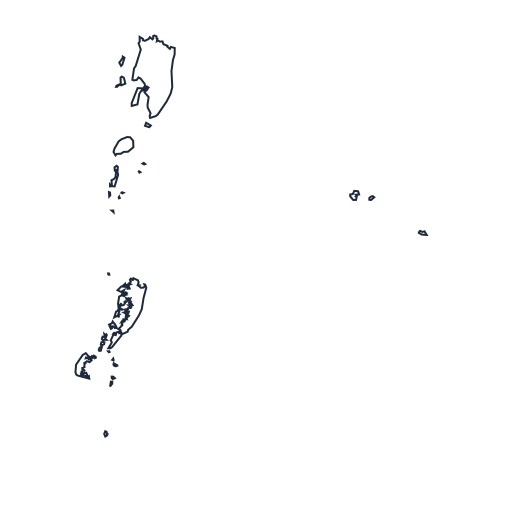 the district of Sumenep, Jawa Timur, Indonesia, rotated 99°
{"feature_id": "22746128B46307112426649", "entity_name": "Sumenep", "entity_type": "district", "adm_level": 2, "iso_a3": "IDN", "parent_name": "Indonesia", "parent_adm1": "Jawa Timur", "projection": "albers", "projection_center": [115.069, -6.151], "detail": "fine", "context": "isolated", "style": "outline", "palette": "slate", "viewbox_px": 512, "rotation_deg": 99, "n_neighbors": 0, "source": "geoboundaries", "source_scale": "gbopen_adm2", "svg_char_len": 6146}
<svg xmlns="http://www.w3.org/2000/svg" viewBox="0 0 512 512"><g transform="rotate(99 256 256)"><path d="M57.8,405.2L62.6,404.4L64.2,405.3L70.1,402.1L86.9,404.5L89.9,405.8L101.3,405.7L101.7,404.2L100.8,401.4L98.0,400.0L98.9,397.6L103.5,392.8L105.6,392.2L108.7,394.3L109.6,393.7L109.5,392.3L105.6,390.3L106.4,388.5L109.2,389.8L108.2,390.7L109.2,391.4L109.8,390.8L110.0,390.9L109.5,392.0L111.7,391.8L115.8,386.9L123.9,386.8L126.4,386.1L131.5,382.5L134.5,382.9L136.2,382.2L133.4,376.7L131.5,375.1L117.5,368.5L109.0,365.7L102.4,365.1L86.6,368.4L75.7,368.7L69.7,367.9L63.3,368.8L62.8,372.8L64.9,373.5L63.0,376.5L62.2,376.4L61.3,380.6L58.7,381.9L59.3,384.5L58.5,386.6L59.3,387.5L56.8,387.4L56.7,388.2L54.7,388.6L54.1,390.9L54.9,392.0L57.1,391.5L58.2,392.2L56.5,395.1L58.4,395.9L60.8,399.3L60.6,401.4L59.3,401.6L57.8,405.2ZM315.3,360.5L304.4,359.4L301.6,361.0L301.5,361.8L302.9,361.0L304.7,362.0L305.4,364.7L304.1,366.8L303.2,366.3L303.4,368.3L300.5,367.8L298.5,368.8L297.1,373.7L298.6,374.5L298.4,373.1L299.0,373.9L297.9,376.0L299.2,376.8L301.1,375.6L302.8,377.1L303.5,375.4L304.6,377.6L307.9,375.7L308.5,377.8L305.8,378.7L306.9,380.0L307.1,384.2L311.4,387.4L312.6,383.7L310.4,381.0L313.9,382.1L312.2,378.9L312.9,377.7L314.1,378.8L314.5,378.1L315.2,379.8L316.3,379.7L316.0,381.3L314.7,380.9L317.5,384.8L324.6,384.8L328.0,383.8L327.0,382.3L325.4,382.7L323.7,381.5L326.1,381.9L325.2,379.1L323.1,378.0L321.8,378.7L321.3,378.1L322.1,377.5L320.1,375.9L319.0,376.0L318.7,377.3L318.0,377.6L318.3,375.9L317.0,375.1L318.3,375.2L317.5,373.4L320.3,374.1L320.5,372.8L322.8,374.8L322.3,374.1L323.0,372.8L322.2,371.9L323.8,370.4L324.6,374.0L325.9,371.1L327.0,371.6L327.0,374.0L328.3,374.1L329.3,376.9L330.0,376.7L329.0,375.5L330.3,376.0L330.1,374.8L331.2,375.3L330.8,372.9L332.1,373.1L332.6,373.6L331.9,376.1L332.5,377.6L333.5,374.8L332.8,373.5L334.4,374.1L334.8,372.1L335.7,372.5L335.7,373.6L336.7,373.7L335.5,375.2L337.5,375.1L338.7,373.9L338.8,375.1L340.0,375.6L340.2,374.6L340.6,376.0L341.4,375.9L342.1,377.8L345.3,377.2L349.7,380.4L350.4,378.3L353.0,377.0L353.8,375.5L350.8,370.9L348.9,370.7L345.2,367.6L332.9,362.3L326.4,360.5L315.3,360.5ZM167.7,394.1L161.4,395.4L158.4,398.9L158.7,402.0L161.8,407.2L164.3,409.6L172.1,412.6L175.5,413.0L178.6,410.5L176.9,409.4L176.2,405.6L173.9,403.0L173.0,398.7L167.7,394.1ZM403.2,401.5L401.0,402.2L402.2,403.1L401.2,406.5L400.6,403.7L397.9,405.4L399.3,409.7L400.5,407.7L401.2,408.2L401.3,409.6L400.1,410.4L398.2,409.2L397.7,410.2L396.4,409.4L393.8,410.1L392.7,408.0L388.7,408.8L388.6,407.7L387.7,407.9L386.4,406.5L386.9,403.8L384.8,402.1L383.9,403.2L384.2,405.0L383.1,406.2L383.7,408.2L382.8,408.0L383.1,407.1L381.8,405.1L378.6,408.9L380.9,411.7L391.5,416.7L399.3,416.1L401.4,414.8L402.0,413.1L403.2,401.5ZM108.7,399.2L124.5,402.7L127.2,402.2L124.8,396.8L114.2,396.6L111.3,395.5L110.2,394.0L108.3,395.3L108.7,399.2ZM355.6,376.5L353.2,377.2L353.8,379.8L353.0,378.8L352.2,379.5L353.3,381.8L356.1,382.2L355.9,384.5L362.2,386.3L363.5,385.0L364.6,385.1L370.2,387.4L370.0,385.6L368.5,383.9L355.6,376.5ZM209.4,406.5L197.4,404.9L194.5,406.0L194.8,406.9L192.9,407.4L192.5,406.1L189.6,406.4L188.7,407.8L190.6,409.6L193.8,408.8L193.5,407.5L200.1,407.1L202.2,408.3L203.8,410.6L209.6,409.2L209.4,406.5ZM179.1,163.8L176.1,165.3L176.3,169.1L179.7,170.1L180.5,172.6L182.3,172.3L185.4,168.8L185.0,166.0L181.8,165.8L181.5,166.8L180.3,165.8L179.8,166.7L179.1,163.8ZM106.2,412.0L100.6,414.4L99.8,416.7L101.0,417.7L107.1,416.5L109.6,420.4L110.8,420.7L110.6,419.6L108.4,418.0L108.5,415.8L106.2,412.0ZM337.4,382.1L336.7,381.3L337.1,382.1L336.1,382.6L335.2,381.8L335.2,382.9L331.9,382.3L331.2,383.2L332.9,385.5L338.8,386.4L337.0,383.9L337.4,382.1ZM88.1,418.0L80.7,416.9L79.9,418.8L81.4,418.7L86.4,421.3L89.4,419.0L88.1,418.0ZM349.2,384.9L348.9,382.3L346.8,383.6L345.0,385.1L345.4,386.0L345.0,385.5L343.1,387.3L345.0,387.8L346.7,390.3L348.2,388.5L347.9,386.6L348.9,386.6L347.9,385.5L348.5,383.6L349.2,384.9ZM208.9,95.4L208.5,90.7L205.3,93.4L206.2,95.5L205.5,97.8L206.5,98.6L207.7,98.8L208.9,95.4ZM144.8,386.0L145.5,381.6L143.6,380.3L141.6,385.3L144.8,386.0ZM362.9,394.4L362.2,390.6L361.4,391.9L357.5,391.0L356.7,391.6L357.5,392.6L356.8,393.6L360.1,392.6L359.7,394.9L362.0,395.3L362.9,394.4ZM179.5,148.4L178.6,150.0L179.2,151.5L180.9,153.1L182.7,152.9L182.7,151.1L179.5,148.4ZM455.9,374.9L455.2,374.8L455.2,375.1L455.8,375.0L457.2,375.8L455.4,375.1L452.9,376.2L452.7,377.5L455.5,378.1L457.9,376.6L456.8,375.3L455.9,374.9ZM366.9,392.2L364.9,392.2L364.7,393.8L365.4,395.2L367.6,395.5L368.7,394.9L366.9,392.2ZM373.9,394.5L370.3,394.0L370.9,396.1L373.2,396.7L374.2,396.0L373.9,394.5ZM404.6,378.0L402.6,378.3L402.8,379.7L407.7,379.7L404.6,378.0ZM386.9,377.3L386.0,375.7L385.7,375.8L384.2,379.7L385.7,379.8L386.6,378.9L386.9,377.3ZM398.7,376.3L397.5,378.2L397.7,379.7L399.2,379.4L400.0,378.1L398.7,376.3ZM218.9,409.4L216.2,410.1L215.9,411.2L220.2,410.3L218.9,409.4ZM381.6,398.3L380.6,398.6L379.7,400.7L380.7,401.8L382.3,399.4L381.6,398.3ZM349.7,386.8L348.5,387.2L348.6,389.3L350.7,387.9L349.7,386.8ZM305.5,380.8L304.1,381.0L306.7,383.2L306.9,381.8L305.5,380.8ZM329.8,383.2L330.1,380.3L329.7,379.4L328.7,382.3L329.8,383.2ZM182.5,382.5L183.1,380.8L182.5,379.8L181.6,381.4L182.5,382.5ZM235.0,403.6L233.4,404.1L233.7,405.6L235.0,403.6ZM381.6,401.5L380.9,402.5L382.9,403.0L382.9,402.1L381.6,401.5ZM209.0,410.8L209.3,410.0L208.2,411.4L210.1,411.1L209.9,410.4L209.0,410.8ZM383.0,404.9L381.7,403.9L381.4,405.1L383.0,404.9ZM214.7,398.8L215.0,397.7L214.3,396.8L214.0,398.3L214.7,398.8ZM381.5,380.4L381.1,380.3L379.6,381.0L381.1,381.8L381.5,380.4ZM190.2,385.5L191.9,384.2L191.3,383.3L190.2,385.5ZM297.4,398.0L296.3,398.4L296.4,399.3L297.5,398.8L297.4,398.0ZM340.6,376.9L340.9,377.9L342.2,378.5L341.3,376.9L340.6,376.9ZM220.5,400.4L220.1,399.6L218.7,400.4L219.8,400.8L220.5,400.4ZM345.8,378.0L343.9,377.5L343.7,377.7L345.8,378.0ZM355.1,383.4L354.2,383.3L354.1,384.2L355.2,384.8L355.1,383.4ZM373.3,387.2L374.1,386.2L373.7,385.6L373.0,386.1L373.3,387.2ZM395.6,408.1L397.0,407.9L395.9,407.5L395.6,408.1ZM306.3,380.9L305.6,379.6L304.9,379.5L305.2,380.1L306.3,380.9ZM339.6,376.8L338.4,377.3L339.6,377.1L339.6,376.8Z" fill="none" stroke="#1e293b" stroke-width="2"/></g></svg>